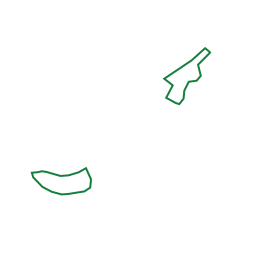 the Province of Al Asimah, rotated 154°
{"feature_id": "KWT-1663", "entity_name": "Al Asimah", "entity_type": "Province", "adm_level": 1, "iso_a3": "KWT", "parent_name": "Kuwait", "parent_adm1": "", "projection": "robinson", "projection_center": [48.15, 29.392], "detail": "fine", "context": "isolated", "style": "outline", "palette": "green", "viewbox_px": 256, "rotation_deg": 154, "n_neighbors": 0, "source": "natural_earth", "source_scale": "10m", "svg_char_len": 576}
<svg xmlns="http://www.w3.org/2000/svg" viewBox="0 0 256 256"><g transform="rotate(154 128 128)"><path d="M210.6,94.9L216.8,97.4L219.9,100.1L224.5,104.1L227.6,108.3L230.7,112.5L234.8,125.2L234.0,129.9L228.1,127.7L224.4,126.9L220.6,124.3L209.7,114.5L202.2,111.5L191.8,109.8L183.4,110.3L183.7,98.1L188.1,91.0L194.9,90.1L210.6,94.9ZM21.2,159.8L28.5,157.2L37.3,154.2L39.7,143.0L45.6,140.4L53.1,142.9L61.0,136.9L65.2,130.0L71.4,127.0L74.3,129.7L80.4,138.4L69.1,146.7L73.8,156.4L41.2,160.9L23.7,165.9L21.6,161.3L21.2,159.8Z" fill="none" stroke="#15803d" stroke-width="2"/></g></svg>